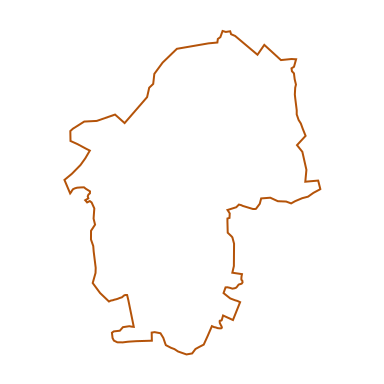 the district of Bagwai, Kano, Nigeria, rotated 273°
{"feature_id": "59680162B58679994750141", "entity_name": "Bagwai", "entity_type": "district", "adm_level": 2, "iso_a3": "NGA", "parent_name": "Nigeria", "parent_adm1": "Kano", "projection": "mercator", "projection_center": [8.095, 12.101], "detail": "fine", "context": "isolated", "style": "outline", "palette": "amber", "viewbox_px": 384, "rotation_deg": 273, "n_neighbors": 0, "source": "geoboundaries", "source_scale": "gbopen_adm2", "svg_char_len": 2505}
<svg xmlns="http://www.w3.org/2000/svg" viewBox="0 0 384 384"><g transform="rotate(273 192 192)"><path d="M210.0,317.3L208.2,304.6L220.1,305.1L237.9,300.1L244.3,294.4L254.0,302.5L260.9,299.3L266.1,297.1L269.5,294.7L275.0,292.5L279.1,292.3L290.9,290.2L294.7,289.6L301.6,289.6L304.7,290.2L310.1,288.6L315.8,287.6L317.8,285.5L320.7,284.9L322.4,287.3L330.0,289.0L330.0,284.3L328.4,273.9L342.7,256.5L332.5,250.2L350.1,226.9L351.6,222.8L354.5,221.7L353.6,217.4L354.4,214.1L348.1,212.2L346.2,209.8L342.6,209.5L341.3,200.7L334.2,169.4L319.7,155.9L308.0,148.2L297.9,147.6L293.9,143.8L284.4,142.2L257.3,121.1L265.3,111.1L258.0,93.2L256.7,80.7L249.0,69.8L246.5,67.3L236.6,68.0L233.8,75.2L229.6,84.1L228.0,87.8L220.1,83.7L213.2,79.3L203.9,71.1L197.4,64.0L184.2,70.4L185.5,71.3L187.0,72.0L188.6,73.1L189.6,75.0L190.3,77.1L190.6,79.5L190.8,81.1L191.0,83.9L189.6,85.9L187.3,90.1L185.3,90.1L184.0,88.7L182.2,88.1L180.2,88.8L178.2,85.8L176.1,87.8L177.6,90.4L176.3,92.3L170.5,95.3L160.3,95.1L154.3,96.9L148.0,93.2L139.3,93.6L132.9,96.2L127.6,96.9L111.2,99.8L106.1,99.9L95.9,97.6L86.3,105.5L78.3,114.8L79.3,116.6L79.8,118.7L80.4,120.1L80.9,121.9L81.5,123.5L82.4,125.4L83.2,127.6L84.3,128.7L85.3,129.8L85.7,131.1L85.7,132.6L80.6,134.1L54.3,140.9L54.4,138.7L54.7,136.4L53.4,130.1L49.7,127.2L48.7,121.2L47.3,119.4L42.0,120.3L39.5,121.8L38.0,125.3L38.2,130.7L39.0,135.1L39.3,137.1L40.1,144.0L41.4,159.7L49.5,159.1L50.1,162.0L49.3,167.9L44.8,171.0L39.5,173.1L37.7,173.9L35.3,179.2L34.2,182.7L32.0,186.4L29.5,195.0L30.8,200.6L35.4,203.7L37.7,207.4L40.2,211.7L49.1,215.2L59.1,218.9L58.2,221.2L58.0,222.8L57.4,224.7L57.3,226.2L57.4,228.2L57.6,228.6L58.2,228.9L59.2,228.6L60.0,228.1L61.2,227.4L62.5,226.7L63.3,226.5L64.3,226.4L64.7,226.4L65.0,226.7L65.1,227.3L65.2,228.1L65.6,228.4L66.0,228.5L70.3,229.5L66.3,239.6L84.5,245.8L85.6,243.0L86.1,240.8L87.7,235.8L90.6,231.7L92.7,228.8L98.5,230.5L98.7,232.3L98.3,234.8L97.6,237.4L98.1,239.6L98.7,241.0L99.8,242.0L101.3,242.9L102.2,243.8L102.7,245.6L103.3,246.6L104.4,247.2L106.0,246.9L107.0,245.9L108.4,245.8L110.4,245.9L112.6,246.2L113.5,236.5L120.2,237.7L142.6,236.7L148.8,234.7L149.7,233.9L153.2,229.8L164.7,228.9L166.6,228.8L167.4,228.8L168.1,230.8L172.6,230.8L175.9,228.4L179.1,237.0L181.9,239.5L181.4,242.0L180.8,243.3L178.2,253.8L178.3,255.9L178.6,256.8L183.8,260.3L189.2,261.4L190.4,270.5L187.3,278.2L187.4,286.5L185.8,291.6L188.2,295.4L191.6,302.4L193.4,308.1L197.5,313.3L201.3,319.6L201.6,320.0L210.0,317.4L210.0,317.3Z" fill="none" stroke="#b45309" stroke-width="2"/></g></svg>